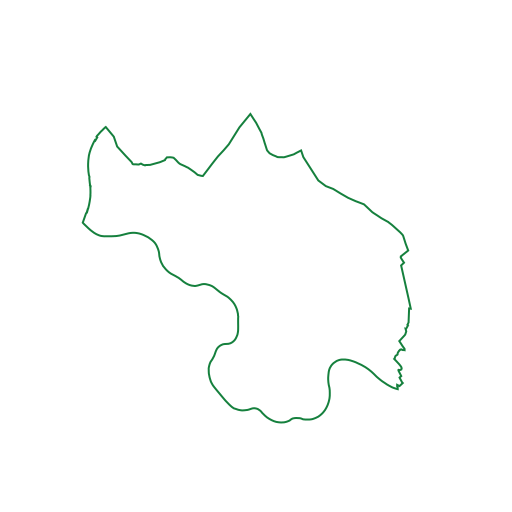 the district of Rheden, Gelderland, Netherlands, rotated 64°
{"feature_id": "6326949B90582310648495", "entity_name": "Rheden", "entity_type": "district", "adm_level": 2, "iso_a3": "NLD", "parent_name": "Netherlands", "parent_adm1": "Gelderland", "projection": "robinson", "projection_center": [6.043, 52.031], "detail": "fine", "context": "isolated", "style": "outline", "palette": "green", "viewbox_px": 512, "rotation_deg": 64, "n_neighbors": 0, "source": "geoboundaries", "source_scale": "gbopen_adm2", "svg_char_len": 6071}
<svg xmlns="http://www.w3.org/2000/svg" viewBox="0 0 512 512"><g transform="rotate(64 256 256)"><path d="M150.1,397.1L151.8,396.6L157.5,394.5L160.2,393.4L162.2,392.4L164.3,391.3L166.4,389.9L167.0,389.4L168.5,388.1L169.6,387.0L170.5,385.8L171.8,383.7L174.8,377.5L176.5,373.6L177.0,372.3L177.9,369.4L179.7,360.8L180.0,359.7L180.4,358.4L180.8,357.4L181.2,356.4L181.7,355.4L182.5,354.0L183.6,352.4L184.6,351.1L185.6,350.0L186.9,348.7L188.2,347.6L191.8,344.8L192.5,344.4L194.0,343.6L196.1,342.5L197.8,341.8L199.0,341.4L200.2,341.1L201.6,340.9L202.9,340.8L205.4,340.9L206.9,341.0L209.4,341.4L211.1,341.9L213.8,342.9L215.9,343.4L217.4,343.7L219.1,343.9L220.1,344.0L223.4,343.9L224.2,343.9L225.0,343.7L228.4,342.9L230.5,342.2L232.6,341.3L234.7,340.1L238.8,337.1L240.5,336.0L241.6,335.2L244.3,333.8L247.4,332.4L249.9,330.9L251.4,329.8L253.0,328.4L254.4,326.8L256.1,324.2L256.3,323.8L256.6,322.8L257.0,321.2L257.7,317.0L258.2,315.5L258.5,314.9L259.2,313.6L260.6,311.9L261.7,310.6L263.0,309.4L264.1,308.5L266.0,307.4L272.2,304.5L274.2,303.4L276.1,302.2L280.0,299.6L281.4,298.9L284.2,297.8L287.3,296.9L289.9,296.5L292.3,296.4L294.2,296.5L295.5,296.6L297.1,296.9L300.1,297.6L301.5,298.2L302.6,298.5L304.4,299.5L307.9,301.2L311.3,302.8L313.9,304.1L315.4,304.9L316.9,305.9L318.6,307.2L319.4,308.1L320.1,308.9L321.3,310.4L322.3,312.2L322.7,313.4L322.9,314.1L323.1,315.1L323.2,316.0L323.2,317.5L322.9,318.9L322.8,319.4L321.4,322.7L320.9,324.3L320.8,325.6L320.8,326.4L320.9,327.9L321.4,329.9L321.9,331.0L322.2,331.6L323.0,332.7L324.1,334.0L325.9,335.8L327.5,337.5L329.8,340.7L331.2,343.2L332.5,344.7L333.8,345.9L335.3,347.1L336.1,347.7L339.1,349.1L341.0,349.9L344.7,350.9L346.4,351.2L349.1,351.6L350.4,351.6L352.4,351.5L353.5,351.4L355.6,351.0L359.1,350.2L368.1,348.0L371.3,347.2L373.1,346.7L377.7,345.2L379.3,344.6L381.0,343.9L383.2,342.7L384.4,341.4L386.4,339.4L387.7,337.7L388.7,336.2L389.5,334.3L390.6,331.2L390.9,329.8L391.2,327.3L391.4,326.1L391.6,325.4L392.1,324.2L392.7,323.3L393.5,322.3L394.3,321.5L395.8,320.6L396.5,320.2L397.4,319.8L398.4,319.5L399.8,319.2L400.9,318.8L403.5,317.9L406.0,316.8L408.3,315.4L410.4,313.9L412.3,312.3L414.0,310.5L415.4,308.5L416.6,306.5L417.8,303.7L418.2,302.1L418.4,301.0L418.6,299.0L418.6,297.8L418.4,297.0L418.2,296.0L418.1,294.6L418.2,293.9L418.7,292.2L419.1,291.2L419.5,290.4L420.8,288.0L421.6,286.9L422.6,286.0L423.4,285.3L424.7,283.2L426.5,279.4L426.9,278.3L427.2,277.3L427.4,276.3L427.6,274.6L427.7,273.4L427.7,271.9L427.7,270.4L427.3,268.3L427.2,267.8L426.5,265.4L425.8,263.7L424.7,261.5L423.3,259.4L422.3,258.1L421.3,256.9L419.2,254.8L417.3,253.2L416.1,252.3L414.0,251.0L411.4,249.7L409.0,248.6L406.7,247.8L403.7,247.1L401.2,246.3L398.5,245.2L396.7,244.3L394.5,243.0L392.0,241.4L390.6,240.3L389.2,238.9L388.7,238.2L387.9,237.0L387.5,236.4L386.9,235.1L386.4,233.7L386.2,232.9L385.7,229.5L385.9,227.2L386.2,225.7L386.7,224.2L387.3,222.9L388.1,221.3L389.8,218.7L391.2,217.0L393.5,214.6L395.3,212.9L396.8,211.7L400.1,209.0L403.9,206.4L404.8,205.9L407.1,204.6L410.5,203.0L413.6,201.8L417.4,200.5L419.7,199.5L422.1,198.4L423.9,197.5L427.3,195.5L428.9,194.6L431.1,193.1L433.7,191.2L434.7,190.3L436.1,188.9L437.2,187.7L437.8,187.0L436.0,186.2L435.1,186.3L433.7,185.6L435.8,184.0L435.5,183.0L434.5,179.8L433.7,180.1L433.4,180.1L428.2,180.3L428.1,180.1L428.1,179.9L427.6,178.1L421.5,178.2L420.9,178.0L420.8,177.8L421.4,177.0L421.6,176.4L421.7,176.2L421.7,175.1L421.0,174.6L420.9,174.4L420.7,174.3L419.5,174.1L418.6,174.2L418.1,174.3L417.2,174.5L416.2,174.7L411.9,176.0L409.1,176.9L408.9,176.2L408.1,175.7L407.0,174.4L406.9,174.2L406.7,172.3L406.6,172.0L406.4,171.8L405.9,171.6L404.9,170.7L404.4,169.7L404.1,169.2L403.9,169.0L403.9,168.6L403.6,168.1L403.5,167.9L403.4,167.7L403.6,167.2L403.5,166.8L403.5,166.5L403.8,166.2L404.0,166.1L404.1,165.9L404.3,165.8L404.7,165.5L405.0,165.1L405.2,164.6L405.6,164.0L405.6,163.8L405.7,163.7L405.1,163.4L404.6,163.2L401.0,163.8L398.5,164.1L395.3,164.5L392.4,157.1L392.1,156.5L391.9,156.2L389.6,154.0L387.0,153.5L387.1,153.4L387.6,153.5L385.3,150.2L384.5,150.1L384.5,149.9L384.2,150.0L382.6,148.0L370.3,141.4L371.2,140.0L361.0,137.5L328.1,129.7L326.9,125.9L323.1,126.4L320.9,126.6L320.4,126.4L320.1,125.8L319.8,125.8L317.8,116.8L310.5,116.1L303.1,115.0L302.3,114.9L301.2,115.0L298.0,116.0L289.3,119.5L287.4,120.3L283.6,122.2L283.4,122.2L283.3,122.3L283.2,122.4L277.2,126.6L276.2,127.2L273.1,129.0L269.1,131.4L267.5,132.3L263.2,133.9L256.9,136.3L252.5,140.4L250.4,142.4L244.1,147.7L240.1,150.4L236.7,152.7L229.6,157.2L223.8,162.6L215.4,166.9L199.8,168.7L187.9,170.1L180.9,169.2L180.9,170.0L181.0,172.9L181.0,174.4L181.1,175.3L181.1,176.3L181.2,176.9L181.1,178.1L180.0,185.0L179.7,186.7L179.5,187.6L176.8,192.9L176.4,193.4L175.0,194.5L172.7,196.6L169.7,198.7L169.1,198.9L166.5,199.6L165.9,199.7L165.5,199.7L159.4,198.8L158.5,198.7L153.7,197.9L149.5,197.5L147.6,197.1L145.5,197.2L143.1,197.3L136.3,197.5L131.8,198.1L130.1,198.3L125.9,198.8L133.1,214.5L138.4,223.0L143.7,231.5L146.8,238.7L149.8,246.5L152.1,251.3L154.3,255.8L156.7,260.5L159.1,265.3L160.8,268.7L159.9,270.1L157.5,272.9L153.8,274.5L149.4,276.9L146.8,278.4L145.6,279.4L144.0,280.6L142.2,282.1L140.9,283.2L140.0,283.9L139.3,284.3L137.9,284.9L134.5,285.9L131.6,287.0L130.8,288.0L129.7,289.7L128.3,292.8L129.3,295.2L129.9,295.8L129.6,300.7L129.5,301.6L128.3,308.0L127.7,311.2L125.8,315.5L125.9,316.0L124.3,317.7L122.5,318.9L122.4,321.2L121.6,322.8L121.0,323.6L120.1,325.6L119.5,326.4L119.1,326.6L117.4,326.6L116.8,326.7L108.6,329.3L97.7,332.5L96.8,332.8L86.4,331.5L74.2,334.5L74.3,335.1L75.0,337.4L75.5,338.7L76.2,341.0L77.8,344.8L78.2,346.0L78.9,347.1L79.8,346.7L81.9,349.9L81.3,350.1L82.5,351.8L84.0,353.7L87.0,357.2L90.1,360.2L92.4,362.1L95.0,363.8L96.7,364.9L99.6,366.5L101.8,367.6L104.2,368.6L106.6,369.6L110.0,370.7L112.0,371.0L112.7,371.6L116.7,373.1L119.3,374.0L120.1,374.0L120.1,374.3L121.1,374.3L121.1,374.6L122.6,375.2L124.6,376.1L126.7,377.1L128.9,378.3L129.1,378.3L130.9,379.4L134.1,381.6L136.8,383.6L139.6,385.9L139.6,386.0L141.6,387.8L141.3,387.8L142.9,389.3L143.1,390.0L150.1,397.1Z" fill="none" stroke="#15803d" stroke-width="2"/></g></svg>